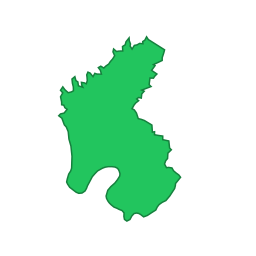 Capitão Leônidas Marques, Paraná, Brazil, rotated 41°
{"feature_id": "56859067B12365936446127", "entity_name": "Capitão Leônidas Marques", "entity_type": "district", "adm_level": 2, "iso_a3": "BRA", "parent_name": "Brazil", "parent_adm1": "Paraná", "projection": "natural_earth1", "projection_center": [-53.601, -25.458], "detail": "fine", "context": "isolated", "style": "filled", "palette": "green", "viewbox_px": 256, "rotation_deg": 41, "n_neighbors": 0, "source": "geoboundaries", "source_scale": "gbopen_adm2", "svg_char_len": 2306}
<svg xmlns="http://www.w3.org/2000/svg" viewBox="0 0 256 256"><g transform="rotate(41 128 128)"><path d="M175.0,116.0L172.5,115.8L167.3,111.0L161.9,114.0L159.5,111.3L155.6,113.8L152.4,115.7L150.5,113.4L149.1,115.1L144.1,110.1L135.4,111.6L132.3,112.8L129.6,114.2L124.6,111.2L120.9,110.2L118.4,110.8L117.5,106.7L117.4,104.0L118.1,100.4L115.5,100.4L116.0,98.0L118.4,96.7L116.0,93.2L116.1,89.6L113.5,90.4L118.2,81.6L115.5,81.4L111.8,75.9L114.5,73.7L114.2,71.4L114.4,68.3L108.0,69.0L107.5,63.2L105.6,63.5L109.5,54.6L107.7,52.5L105.7,47.8L104.3,45.0L85.3,47.9L82.2,47.0L83.1,50.7L82.4,53.1L84.0,54.6L81.3,56.5L80.3,59.3L78.6,61.5L79.3,65.8L75.9,64.8L74.7,62.9L71.7,61.3L69.7,59.3L69.9,64.2L71.3,67.1L70.4,70.1L73.5,73.3L70.7,75.9L69.1,77.8L65.3,77.8L66.7,80.4L70.5,82.2L71.1,85.9L71.1,89.6L71.5,92.4L70.6,95.9L70.4,98.6L66.9,99.2L66.0,101.9L69.3,102.6L72.6,104.8L69.2,107.7L67.1,108.5L67.9,112.2L63.4,111.4L61.1,112.1L62.0,115.0L63.6,116.4L66.2,119.0L67.5,122.0L65.4,122.6L62.9,124.1L65.1,126.1L67.2,126.9L62.9,128.7L59.9,126.1L57.6,126.4L54.2,124.1L53.6,127.8L56.7,130.7L59.7,132.8L62.4,135.7L61.6,137.9L59.7,140.6L55.2,140.5L51.8,139.7L52.3,143.8L55.7,144.3L56.6,148.7L60.8,151.9L62.7,154.0L64.6,152.9L67.0,154.1L69.8,153.8L70.0,158.6L67.8,161.7L67.7,164.2L71.7,164.0L77.9,167.4L80.7,167.7L85.3,170.0L90.7,175.1L96.8,179.1L99.8,181.9L104.3,186.1L111.8,195.3L112.9,197.9L113.5,201.7L115.6,206.3L117.1,209.0L119.0,209.9L122.9,211.0L126.3,210.8L131.0,210.5L133.7,209.6L136.0,207.2L136.9,203.7L136.3,200.8L135.3,198.2L133.9,192.0L133.0,188.2L133.0,184.2L133.2,180.3L135.1,175.1L136.5,172.5L138.4,170.2L141.4,167.6L143.8,166.0L145.9,165.4L147.8,165.5L149.8,166.4L152.0,167.8L153.3,169.8L154.0,174.2L154.2,178.2L153.5,183.6L153.6,188.3L156.1,193.7L158.0,195.2L160.8,196.3L163.0,196.8L165.5,197.0L169.3,196.9L172.4,195.8L174.6,195.3L177.7,194.2L180.7,194.7L183.0,197.5L185.3,199.3L188.2,199.0L189.5,195.8L188.6,191.9L188.7,188.6L190.3,186.5L192.3,185.4L194.3,185.0L198.1,184.8L200.0,181.3L201.6,175.6L202.8,171.7L201.9,168.5L201.7,165.4L202.6,161.6L204.2,157.9L204.1,151.9L202.9,143.1L201.6,140.5L200.3,138.7L200.0,130.7L197.1,130.1L193.8,130.4L190.4,130.4L187.4,129.3L184.5,131.1L183.1,132.7L179.2,131.2L177.9,127.9L177.9,125.1L174.6,120.8L175.0,116.0Z" fill="#22c55e" stroke="#15803d" stroke-width="1.5"/></g></svg>